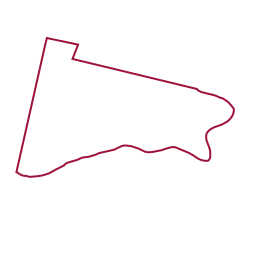 the district of Switzerland, Indiana, United States of America, rotated 13°
{"feature_id": "52423323B76202305495147", "entity_name": "Switzerland", "entity_type": "district", "adm_level": 2, "iso_a3": "USA", "parent_name": "United States of America", "parent_adm1": "Indiana", "projection": "robinson", "projection_center": [-84.951, 38.809], "detail": "fine", "context": "isolated", "style": "outline", "palette": "rose", "viewbox_px": 256, "rotation_deg": 13, "n_neighbors": 0, "source": "geoboundaries", "source_scale": "gbopen_adm2", "svg_char_len": 1008}
<svg xmlns="http://www.w3.org/2000/svg" viewBox="0 0 256 256"><g transform="rotate(13 128 128)"><path d="M28.6,67.1L29.2,196.1L34.5,197.8L36.0,198.0L40.8,197.6L43.0,197.8L50.8,195.3L55.2,193.5L59.1,191.3L61.8,189.5L67.4,184.4L74.2,178.8L74.2,178.3L75.9,176.2L77.1,175.3L86.0,170.3L88.8,168.0L90.9,166.8L96.4,164.8L102.3,161.4L105.6,158.9L113.9,154.9L119.5,152.2L125.1,147.6L127.0,146.4L129.8,145.5L135.2,145.0L142.9,145.7L150.0,147.3L153.1,147.1L156.9,146.0L165.4,142.2L171.7,138.4L175.5,136.6L178.3,136.1L193.1,138.6L197.4,139.9L203.2,142.1L206.5,142.7L210.0,142.7L213.2,142.0L214.0,141.0L214.6,139.2L214.6,137.2L213.5,132.9L212.3,129.9L207.2,122.2L205.9,118.3L205.9,115.2L207.1,112.8L209.0,110.3L212.0,107.8L218.6,103.6L222.7,99.9L223.1,99.5L224.4,97.9L225.7,95.7L226.9,92.8L227.4,89.4L227.1,86.4L226.6,85.4L225.7,84.5L220.0,80.3L214.0,77.9L211.0,77.7L205.6,76.7L191.2,76.5L187.9,75.6L186.8,74.9L186.5,74.5L58.4,73.2L60.6,58.0L28.7,58.6L28.6,67.1Z" fill="none" stroke="#9f1239" stroke-width="2"/></g></svg>